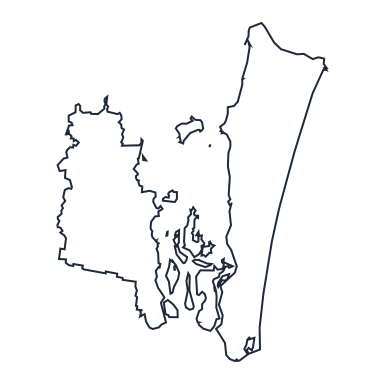 outline of Redland, Queensland, Australia
{"feature_id": "25037944B35450059513963", "entity_name": "Redland", "entity_type": "district", "adm_level": 2, "iso_a3": "AUS", "parent_name": "Australia", "parent_adm1": "Queensland", "projection": "equal_earth", "projection_center": [153.338, -27.564], "detail": "fine", "context": "isolated", "style": "outline", "palette": "slate", "viewbox_px": 384, "rotation_deg": 0, "n_neighbors": 0, "source": "geoboundaries", "source_scale": "gbopen_adm2", "svg_char_len": 6040}
<svg xmlns="http://www.w3.org/2000/svg" viewBox="0 0 384 384"><path d="M249.9,27.5L248.7,30.6L248.5,36.2L244.6,45.0L247.3,39.6L250.3,45.2L249.0,44.4L249.6,47.2L247.2,62.3L242.3,78.7L243.2,78.8L242.2,79.6L242.3,84.7L237.8,101.6L234.0,106.0L227.8,107.2L227.8,113.5L226.0,120.4L224.5,123.4L220.1,126.8L221.4,130.0L220.6,131.2L222.6,131.7L221.8,133.3L224.3,133.0L226.9,134.7L230.3,141.4L230.4,146.4L228.4,153.2L227.9,166.5L229.8,177.0L228.7,195.2L230.3,199.4L228.1,201.6L229.7,205.1L230.8,205.1L231.7,202.6L229.5,211.2L231.0,225.4L226.3,236.7L227.2,244.0L231.1,249.8L236.8,266.4L234.8,272.7L220.4,286.1L222.3,292.2L218.9,304.8L222.7,315.2L221.4,324.3L216.1,328.8L225.0,343.0L226.2,355.0L229.9,359.1L234.8,361.0L237.4,358.9L236.4,360.9L239.3,360.7L247.8,354.4L244.3,349.0L246.4,344.8L247.3,339.8L249.9,336.8L248.1,339.7L254.4,337.8L252.9,347.9L251.8,349.4L252.4,350.8L248.7,347.9L246.7,350.1L248.8,353.8L260.0,349.5L259.6,327.7L263.4,293.8L271.9,241.3L279.3,207.7L294.5,151.8L312.6,93.4L323.3,69.9L324.4,69.9L324.1,68.8L326.4,69.9L325.3,67.8L326.6,67.9L323.7,63.9L324.2,58.6L318.5,57.3L312.8,59.1L303.8,53.9L297.0,54.3L281.0,49.2L274.1,42.5L264.6,26.5L261.4,23.0L249.9,27.5ZM60.4,232.6L64.3,235.4L66.0,238.4L64.6,249.3L60.4,248.6L59.0,259.0L66.0,259.4L65.7,262.8L68.9,265.2L73.2,266.0L73.4,264.0L82.8,265.6L82.2,268.3L83.9,269.4L105.8,273.4L105.8,271.5L117.2,273.7L116.9,276.8L122.6,277.9L122.8,279.9L135.7,281.7L135.4,286.6L136.9,290.4L135.5,295.7L137.1,297.2L135.9,305.9L137.3,306.2L136.8,309.6L142.6,310.3L139.8,310.3L140.9,313.2L140.0,316.6L144.6,314.1L146.0,321.5L149.5,327.5L152.7,329.0L158.9,327.4L161.5,324.5L166.0,322.5L160.9,302.8L164.4,297.4L157.9,287.5L155.4,280.2L156.9,276.8L155.8,271.0L158.5,267.1L159.5,267.6L160.4,263.9L158.6,263.3L158.1,252.8L156.5,248.7L157.9,246.5L157.5,244.2L158.6,243.4L156.1,241.6L156.7,240.3L155.8,240.8L152.5,237.4L151.7,234.7L152.3,231.1L150.8,229.3L150.6,226.8L151.2,221.7L155.0,216.5L158.8,216.0L158.3,211.7L162.5,208.9L160.6,206.0L158.3,208.6L156.3,207.9L153.2,201.7L153.5,199.0L155.7,196.5L155.4,192.5L149.7,190.8L141.9,192.2L142.3,186.4L139.5,185.6L138.4,182.3L138.9,180.5L137.0,180.2L135.9,177.7L136.0,176.0L137.8,174.6L137.6,173.2L133.7,169.1L136.6,164.6L138.6,163.7L137.8,158.6L138.8,158.4L142.8,140.8L141.5,139.3L141.4,142.9L139.4,145.3L122.0,145.7L122.8,143.7L121.2,142.3L123.3,137.4L122.0,134.3L124.1,129.6L121.5,128.0L121.2,124.3L118.8,122.4L121.7,119.1L121.2,115.3L119.7,112.8L117.5,114.1L107.6,111.7L107.1,109.5L108.1,106.5L106.3,104.4L107.2,96.7L104.7,98.9L104.5,101.7L105.6,103.8L104.2,106.6L104.4,108.7L98.0,114.0L91.2,113.9L90.6,112.3L83.0,112.8L80.1,110.3L80.2,106.0L78.6,104.1L75.7,105.4L75.5,112.3L68.7,115.6L68.7,121.5L71.6,122.6L72.5,125.2L69.1,125.5L66.5,132.8L68.7,131.2L69.0,132.8L67.7,134.2L69.2,133.9L71.6,136.3L70.9,138.4L73.7,138.5L73.8,141.1L75.9,139.9L78.8,142.5L76.0,145.8L73.4,144.8L73.1,147.5L70.0,147.2L67.4,149.8L66.3,151.9L67.4,157.6L63.5,158.7L57.6,165.2L59.6,171.0L65.5,170.1L65.0,177.9L70.0,180.1L71.9,187.3L71.3,188.8L68.3,188.2L64.8,190.0L63.2,197.2L65.2,201.0L61.7,205.3L62.9,208.2L61.3,210.7L61.6,213.8L57.7,217.0L57.9,219.2L59.4,221.0L57.4,225.0L57.7,227.1L60.6,227.7L62.5,230.9L60.4,232.6ZM203.2,328.6L210.4,330.9L214.3,326.2L216.5,319.2L219.5,318.5L216.3,307.6L216.6,296.2L216.1,292.0L214.7,290.9L214.5,289.3L216.0,291.2L215.7,289.6L212.8,281.1L214.1,279.1L219.0,276.9L219.6,273.6L223.2,271.3L225.4,266.7L228.3,266.3L229.2,267.8L232.7,266.2L223.4,262.1L223.8,258.9L221.8,260.2L222.1,262.4L223.6,263.4L223.7,266.2L222.0,269.1L217.6,269.6L214.3,265.9L213.7,270.5L200.4,270.3L196.1,276.7L197.1,294.3L198.9,295.1L202.2,291.8L204.8,294.1L205.9,297.7L205.3,300.2L202.1,304.3L202.1,309.0L199.1,311.1L196.5,318.7L197.6,322.3L198.9,322.5L198.2,322.8L199.0,324.9L203.2,328.6ZM191.1,214.1L188.0,217.5L188.5,220.3L187.2,225.6L184.7,228.2L184.0,241.9L184.9,245.5L183.0,247.4L189.8,250.5L194.3,257.2L199.2,254.1L201.9,249.5L201.5,245.9L204.0,244.6L204.3,243.2L201.4,239.4L201.8,235.4L199.0,236.0L198.5,231.8L196.4,235.2L197.6,235.1L198.5,237.6L198.4,241.5L196.9,242.2L192.9,240.1L193.2,234.9L191.8,233.0L193.5,230.8L192.8,228.7L194.3,227.8L194.5,219.7L196.5,217.4L198.1,218.0L198.1,215.7L194.6,215.4L193.9,213.2L195.6,210.7L193.2,207.3L191.5,210.5L190.4,209.9L191.1,214.1ZM179.4,142.1L183.2,143.5L183.6,141.0L190.2,133.0L197.8,129.9L199.6,129.9L200.2,131.5L201.6,130.6L203.2,128.5L202.0,122.3L200.5,120.2L195.3,119.8L191.7,116.6L190.6,118.6L192.6,120.8L186.6,123.7L181.8,123.6L177.2,126.2L175.8,128.5L179.4,133.7L179.7,136.3L178.7,137.2L179.7,137.1L180.7,140.8L179.4,142.1ZM169.1,266.7L166.0,275.9L168.9,281.6L170.5,293.7L172.5,292.7L174.0,286.8L178.1,278.9L179.2,272.7L175.9,265.3L174.3,266.9L174.9,268.8L174.6,270.8L174.1,266.8L175.5,264.8L172.4,260.5L172.1,261.6L170.0,259.8L169.1,266.7ZM163.8,302.6L165.5,314.1L168.3,315.1L169.2,317.1L177.7,317.2L177.5,310.2L173.5,304.7L167.8,300.0L163.8,302.6ZM189.4,290.2L189.7,275.8L188.2,273.3L186.4,281.2L187.8,290.6L185.1,303.7L185.9,307.4L189.6,309.7L192.9,308.8L193.8,306.6L189.4,290.2ZM162.9,200.7L174.9,202.0L176.9,198.8L176.9,192.1L173.7,192.0L172.5,190.4L169.0,192.4L168.2,193.9L169.1,196.0L168.6,197.7L165.6,197.0L163.0,198.8L162.9,200.7ZM174.8,246.3L176.6,254.5L183.3,263.1L184.6,263.0L186.6,259.8L187.1,257.0L179.9,252.1L177.8,245.8L176.6,246.6L174.8,246.3ZM209.2,246.0L202.8,246.9L201.5,255.6L203.8,255.1L205.7,256.7L209.3,252.8L211.3,253.0L210.9,248.7L214.4,245.5L211.3,244.4L210.1,241.8L209.4,242.9L209.1,241.3L209.2,246.0ZM206.9,263.5L199.2,260.2L200.1,260.0L194.8,259.8L192.8,261.1L196.2,264.0L205.5,267.1L210.6,265.0L211.6,264.0L206.9,263.5ZM173.5,239.8L176.3,246.1L178.9,242.4L178.9,235.6L177.1,236.7L176.5,235.4L179.0,234.3L179.1,230.1L176.0,232.0L174.9,235.1L175.3,238.0L173.5,239.8ZM217.6,285.7L218.2,287.0L221.8,280.2L225.2,280.6L227.5,278.9L229.0,274.2L222.8,276.1L218.3,282.6L217.6,285.7ZM142.9,156.0L143.3,160.1L146.1,160.4L142.9,156.0ZM166.4,235.7L167.4,235.5L167.7,231.7L167.2,231.9L166.4,235.7ZM210.4,144.4L209.5,146.3L209.6,147.0L210.4,144.4Z" fill="none" stroke="#1e293b" stroke-width="2"/></svg>